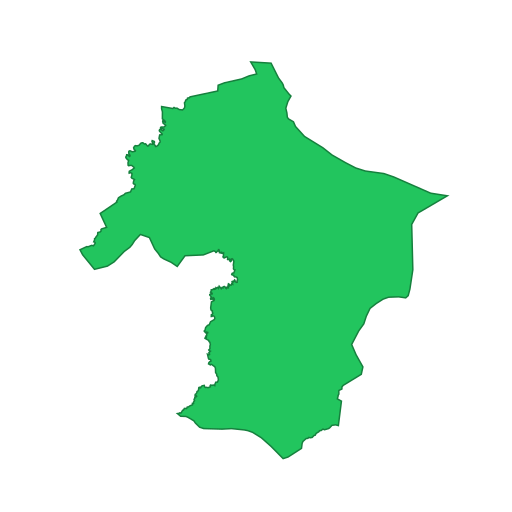 Bunza, Kebbi, Nigeria (orthographic projection), rotated 193°
{"feature_id": "59680162B46976557303871", "entity_name": "Bunza", "entity_type": "district", "adm_level": 2, "iso_a3": "NGA", "parent_name": "Nigeria", "parent_adm1": "Kebbi", "projection": "orthographic", "projection_center": [4.015, 12.213], "detail": "fine", "context": "isolated", "style": "filled", "palette": "green", "viewbox_px": 512, "rotation_deg": 193, "n_neighbors": 0, "source": "geoboundaries", "source_scale": "gbopen_adm2", "svg_char_len": 6109}
<svg xmlns="http://www.w3.org/2000/svg" viewBox="0 0 512 512"><g transform="rotate(193 256 256)"><path d="M284.7,447.3L304.8,443.9L298.7,437.4L296.3,433.5L303.2,430.0L309.8,425.3L325.6,417.7L331.3,413.9L330.4,408.2L356.1,396.2L356.6,395.1L357.9,394.7L358.3,394.3L358.1,393.4L358.3,393.0L359.2,392.6L359.6,391.8L359.5,390.8L360.2,389.2L359.0,386.1L359.0,384.9L359.1,383.9L360.4,381.8L363.8,381.4L366.2,382.3L367.9,381.8L369.3,382.3L370.2,381.0L381.6,380.4L381.1,378.2L379.6,375.4L378.1,368.6L375.4,367.3L374.4,366.3L374.4,365.9L375.5,366.1L376.5,366.9L377.2,366.9L377.3,366.4L376.4,364.5L373.4,363.1L373.4,362.7L374.6,361.0L377.5,360.3L377.9,359.7L377.7,359.0L374.2,359.0L373.9,358.6L374.9,357.0L377.7,358.0L378.3,357.5L378.5,356.7L378.1,355.9L374.8,353.7L374.8,353.1L377.1,352.3L377.0,348.8L375.2,346.3L375.1,345.2L375.7,344.4L376.1,342.4L376.9,341.2L378.0,340.2L378.5,340.1L379.3,341.2L380.6,341.9L380.8,342.7L380.4,343.4L380.8,344.7L383.1,345.1L383.2,344.4L382.0,342.6L382.0,341.5L384.3,341.4L385.0,340.7L385.5,339.2L386.4,338.7L388.8,340.5L389.9,340.0L391.7,340.9L392.5,340.7L393.8,339.8L394.6,337.8L396.5,336.6L398.4,336.4L399.1,335.6L399.6,333.9L398.7,332.4L397.2,331.6L397.3,330.9L399.9,329.7L402.5,330.2L403.4,329.5L403.4,328.6L402.8,326.8L401.5,325.9L401.3,325.1L401.6,324.5L404.1,325.7L404.8,325.6L404.7,324.8L405.1,323.2L404.9,322.5L402.9,320.9L401.6,320.6L401.7,318.0L401.0,315.6L400.2,315.3L399.3,315.9L397.5,316.3L395.1,315.1L394.4,314.4L396.3,312.0L398.5,310.1L398.5,309.1L398.2,308.2L396.9,309.0L395.5,308.6L395.1,306.8L395.3,304.6L394.5,303.9L391.6,303.2L392.1,301.6L392.0,299.3L391.4,298.7L390.1,298.6L389.5,297.8L390.0,294.1L392.1,293.4L392.7,290.2L397.4,287.7L398.4,286.0L401.0,284.0L403.1,281.8L403.6,279.1L404.2,278.0L403.6,277.3L417.4,262.4L408.0,250.3L412.5,247.7L413.0,247.0L412.6,245.5L413.2,244.4L415.4,243.3L415.1,240.8L416.2,238.6L416.5,237.3L417.2,236.6L416.9,235.3L417.3,233.3L416.4,233.3L415.7,232.8L415.6,232.1L416.6,229.4L418.5,229.4L421.7,227.2L423.0,227.1L428.9,222.5L425.2,218.2L410.4,206.7L398.5,212.7L392.9,218.4L385.4,230.8L380.9,236.1L379.2,239.4L377.7,243.7L373.5,251.0L364.0,250.0L356.3,240.1L351.7,236.5L348.8,233.7L345.1,232.4L337.4,230.8L330.4,228.1L325.2,240.3L307.6,245.2L298.2,251.6L296.6,251.2L295.9,250.4L295.4,250.6L294.7,252.2L293.6,252.3L294.0,253.8L293.6,253.9L292.6,252.3L292.4,251.0L291.4,251.0L290.5,251.9L290.1,251.8L290.2,251.0L289.1,251.0L288.3,251.7L287.8,248.9L288.0,247.7L286.7,247.5L286.9,247.0L286.6,246.9L284.4,248.6L283.6,248.5L283.1,247.6L283.0,246.3L282.5,246.1L281.0,247.1L280.6,247.0L280.6,245.4L279.6,244.8L278.8,245.9L279.2,246.9L279.0,247.8L278.6,248.0L278.1,247.8L276.4,246.0L276.1,242.1L275.4,240.5L275.1,238.4L274.0,237.6L273.4,237.7L273.8,234.5L275.2,233.9L275.6,232.7L275.3,232.3L273.2,232.1L272.8,231.2L272.2,230.8L271.3,231.1L269.5,230.8L268.6,228.6L268.9,227.7L268.4,226.2L268.9,225.9L270.6,226.3L271.0,227.6L271.5,227.9L272.2,225.8L272.8,226.2L273.6,225.7L272.4,223.3L273.4,223.5L273.4,222.2L274.7,221.8L275.2,221.0L275.3,222.3L276.6,222.7L276.6,221.0L275.8,220.7L276.4,220.1L275.8,218.7L276.2,218.6L277.0,219.0L277.6,217.5L278.2,217.8L278.2,218.8L279.2,218.7L280.1,219.2L281.1,218.5L281.0,217.4L282.1,217.6L282.5,216.3L285.1,218.3L285.3,216.3L285.8,216.9L286.4,216.8L287.1,215.8L287.9,216.1L287.8,215.3L289.0,215.0L288.6,214.3L289.4,214.0L290.1,214.3L290.9,213.3L292.0,213.0L291.8,211.5L292.2,210.5L290.3,209.8L290.4,208.9L291.5,209.1L292.4,208.1L292.3,207.6L289.5,205.4L289.7,204.9L290.7,204.8L290.7,204.3L290.3,203.6L288.9,204.3L287.7,203.8L288.2,205.2L288.0,205.7L287.2,205.2L286.8,204.4L286.8,203.2L289.1,201.3L288.5,195.2L287.7,193.3L286.2,192.8L286.2,192.0L285.2,190.5L285.4,189.5L286.3,188.8L286.0,187.0L285.2,187.2L284.9,187.9L284.3,188.1L283.5,187.9L282.7,187.3L282.1,185.9L282.4,184.6L285.5,181.7L286.1,178.5L287.6,177.5L288.3,176.3L289.0,174.9L289.0,172.0L289.6,171.2L287.9,169.9L287.4,170.2L287.3,170.8L285.8,170.7L285.8,170.0L286.8,169.4L286.1,167.9L286.7,167.1L286.8,166.0L286.2,166.2L286.1,165.3L287.1,165.2L287.2,164.3L283.2,163.1L282.4,162.0L281.5,161.6L280.5,159.2L280.7,158.0L280.0,155.3L280.9,153.8L280.2,153.2L279.0,153.0L280.2,151.0L279.4,150.4L279.1,149.5L279.6,149.1L281.2,149.4L279.3,145.5L278.6,144.8L277.6,145.0L276.6,144.5L276.3,143.3L277.2,142.7L277.9,141.6L278.0,140.2L276.0,139.6L275.5,140.3L274.7,140.3L271.2,138.8L270.3,137.5L269.1,133.2L267.9,132.3L267.2,130.5L265.7,129.4L264.8,126.7L265.2,124.4L266.8,124.0L267.2,121.7L267.0,120.4L268.7,120.7L269.6,120.1L271.2,120.1L271.5,119.5L271.0,118.3L273.1,116.9L274.9,116.9L275.6,116.5L276.5,116.8L277.3,118.3L279.3,117.4L280.2,116.1L280.2,115.2L280.8,114.9L281.4,115.4L282.1,115.0L281.9,111.8L283.0,110.7L282.9,109.5L283.4,108.2L284.1,107.5L284.0,106.5L282.6,106.4L282.2,105.9L282.4,105.5L283.9,104.8L283.6,103.5L284.1,102.6L284.0,101.9L283.3,101.2L284.0,99.7L284.1,99.0L283.7,98.3L284.1,97.9L284.8,97.9L284.5,96.6L286.5,95.3L287.9,93.7L289.0,93.4L289.3,91.8L291.5,91.4L292.0,89.5L292.8,89.2L293.6,86.4L294.1,86.0L294.9,86.1L295.6,85.4L297.1,84.8L293.4,82.9L288.1,83.9L285.9,83.5L279.4,81.4L277.5,79.6L272.4,76.5L268.1,76.1L250.1,79.7L241.1,82.3L228.3,83.9L224.6,84.0L219.6,83.4L209.9,80.1L198.5,73.9L184.0,64.7L179.6,67.3L168.4,78.8L168.9,83.8L168.6,85.8L166.1,89.4L164.4,90.0L163.8,91.1L162.2,91.1L160.4,91.9L159.2,94.1L158.0,94.7L157.5,96.7L155.2,98.9L154.8,100.1L153.4,100.5L151.8,102.4L150.2,102.1L146.6,104.1L145.6,105.1L143.9,108.1L140.4,109.4L137.6,109.3L140.1,133.8L144.6,135.1L144.5,138.2L144.7,138.5L144.2,140.1L145.0,143.3L144.8,143.8L142.4,145.7L142.8,147.8L141.9,149.6L126.8,164.4L126.9,172.0L136.3,182.3L142.9,191.3L139.0,206.3L135.7,214.1L135.0,222.1L133.1,230.6L128.2,236.7L122.4,242.6L117.5,245.7L107.8,248.3L100.7,248.9L98.8,251.6L98.6,258.4L100.1,277.9L111.4,321.8L107.8,334.4L83.1,357.7L99.9,356.5L139.5,364.0L149.9,365.1L168.6,363.4L178.6,364.2L189.9,367.1L204.6,371.5L215.2,376.5L235.6,383.4L246.7,391.1L249.7,395.2L255.2,396.9L256.7,398.3L258.1,402.4L260.2,406.7L259.7,413.6L257.9,419.7L260.4,421.3L266.7,426.3L267.9,428.7L269.3,430.4L274.1,434.5L284.7,447.3Z" fill="#22c55e" stroke="#15803d" stroke-width="1.5"/></g></svg>